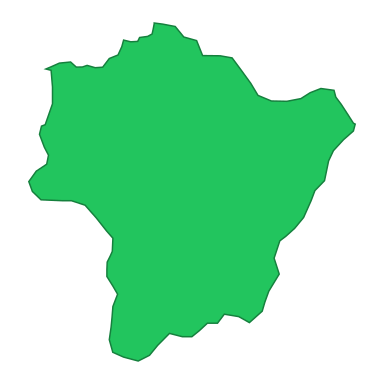 Koilani, Limassol, Cyprus
{"feature_id": "46923920B88504120231715", "entity_name": "Koilani", "entity_type": "district", "adm_level": 2, "iso_a3": "CYP", "parent_name": "Cyprus", "parent_adm1": "Limassol", "projection": "orthographic", "projection_center": [32.853, 34.839], "detail": "fine", "context": "isolated", "style": "filled", "palette": "green", "viewbox_px": 384, "rotation_deg": 0, "n_neighbors": 0, "source": "geoboundaries", "source_scale": "gbopen_adm2", "svg_char_len": 1339}
<svg xmlns="http://www.w3.org/2000/svg" viewBox="0 0 384 384"><path d="M41.5,126.1L39.5,134.3L44.3,147.1L48.5,155.2L46.7,164.2L36.3,171.1L28.8,181.6L32.4,191.5L41.0,199.8L62.2,200.7L71.4,200.7L85.1,205.2L91.4,212.4L96.2,217.8L106.6,231.0L112.9,238.2L112.3,251.4L110.2,256.1L107.2,262.1L106.9,269.6L106.9,276.5L112.9,286.1L117.6,294.2L112.9,306.5L112.0,317.8L111.1,327.1L109.3,339.7L112.8,352.3L123.6,357.1L138.2,361.0L142.0,359.1L149.5,355.3L157.6,345.4L169.5,333.4L182.3,336.7L191.9,336.7L199.3,330.7L207.4,323.2L217.5,323.2L224.3,314.2L238.7,316.6L249.4,322.6L262.2,311.2L264.9,302.0L268.8,291.2L279.2,274.1L274.1,258.2L279.8,240.9L282.5,238.8L285.7,236.4L294.7,228.3L303.6,217.5L311.1,200.7L314.9,190.6L324.5,180.7L328.6,160.9L333.4,150.7L343.5,139.7L353.4,131.0L355.2,124.1L353.4,123.2L348.6,115.7L341.2,104.3L335.8,97.1L334.0,90.3L320.9,88.5L310.2,92.7L300.9,98.6L286.9,101.3L271.4,101.0L258.0,95.4L250.8,83.4L241.0,69.9L232.1,57.9L220.2,55.8L202.6,55.6L196.6,40.6L183.8,37.0L175.2,26.5L162.6,24.1L154.2,23.0L154.2,23.8L153.1,29.5L152.1,34.0L147.7,36.4L139.6,37.5L137.7,41.4L130.8,41.8L123.6,40.1L121.8,46.7L118.0,55.0L109.3,58.5L102.7,67.2L95.2,67.7L87.1,65.4L82.4,67.0L76.3,67.1L70.6,62.0L59.4,63.1L51.1,66.8L45.9,69.0L51.1,70.3L52.5,87.0L52.5,103.8L45.2,124.7L41.5,126.1Z" fill="#22c55e" stroke="#15803d" stroke-width="1.5"/></svg>